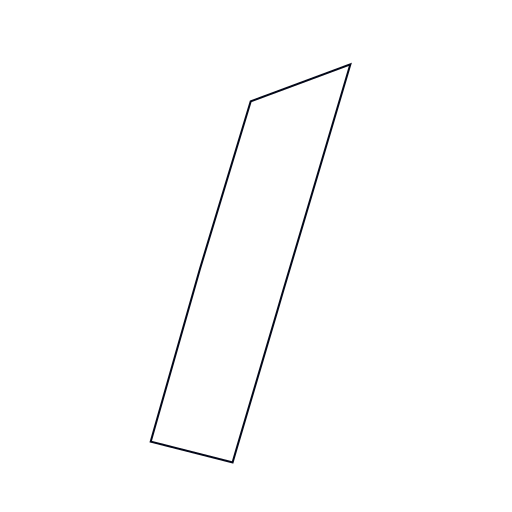 Horten nor, Vestfold, Norway, rotated 119°
{"feature_id": "86288312B83701369955488", "entity_name": "Horten nor", "entity_type": "district", "adm_level": 2, "iso_a3": "NOR", "parent_name": "Norway", "parent_adm1": "Vestfold", "projection": "orthographic", "projection_center": [10.388, 59.378], "detail": "fine", "context": "isolated", "style": "outline", "palette": "ink", "viewbox_px": 512, "rotation_deg": 119, "n_neighbors": 0, "source": "geoboundaries", "source_scale": "gbopen_adm2", "svg_char_len": 297}
<svg xmlns="http://www.w3.org/2000/svg" viewBox="0 0 512 512"><g transform="rotate(119 256 256)"><path d="M294.3,298.8L469.4,258.1L447.9,176.4L432.4,179.9L293.9,210.7L275.4,214.9L201.0,231.3L42.6,266.4L111.5,325.5L123.3,335.6L294.3,298.8Z" fill="none" stroke="#020617" stroke-width="2"/></g></svg>